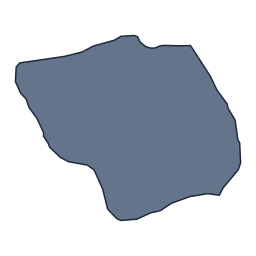 Concepción Chiquirichapa, Quezaltenango, Guatemala (Robinson projection)
{"feature_id": "79465075B62244811980671", "entity_name": "Concepción Chiquirichapa", "entity_type": "district", "adm_level": 2, "iso_a3": "GTM", "parent_name": "Guatemala", "parent_adm1": "Quezaltenango", "projection": "robinson", "projection_center": [-91.619, 14.843], "detail": "fine", "context": "isolated", "style": "filled", "palette": "slate", "viewbox_px": 256, "rotation_deg": 0, "n_neighbors": 0, "source": "geoboundaries", "source_scale": "gbopen_adm2", "svg_char_len": 782}
<svg xmlns="http://www.w3.org/2000/svg" viewBox="0 0 256 256"><path d="M190.4,45.5L185.6,45.7L178.7,45.8L172.7,45.6L163.8,45.4L159.9,45.9L157.3,47.1L154.4,48.1L150.6,48.1L146.3,46.8L143.0,44.6L139.8,41.6L137.7,36.8L134.2,35.5L121.1,36.3L114.1,40.3L93.5,46.0L82.0,52.0L64.5,56.4L19.7,62.9L16.2,66.9L15.4,81.5L20.6,93.1L26.3,99.4L28.9,107.3L37.1,118.6L43.6,132.8L43.5,136.2L48.1,143.1L49.7,147.2L60.3,157.4L68.5,161.7L87.3,165.1L94.1,169.9L102.7,189.1L107.6,208.9L116.3,218.3L120.8,220.5L136.8,219.2L150.5,212.9L160.2,210.7L171.8,203.1L189.7,196.6L207.6,193.7L219.3,195.2L223.1,187.9L238.3,169.7L239.6,165.8L240.6,163.0L239.7,142.9L237.9,139.9L235.1,120.1L228.1,108.3L227.2,104.0L217.0,90.2L210.4,76.4L191.8,47.5L190.4,45.5Z" fill="#64748b" stroke="#1e293b" stroke-width="1.5"/></svg>